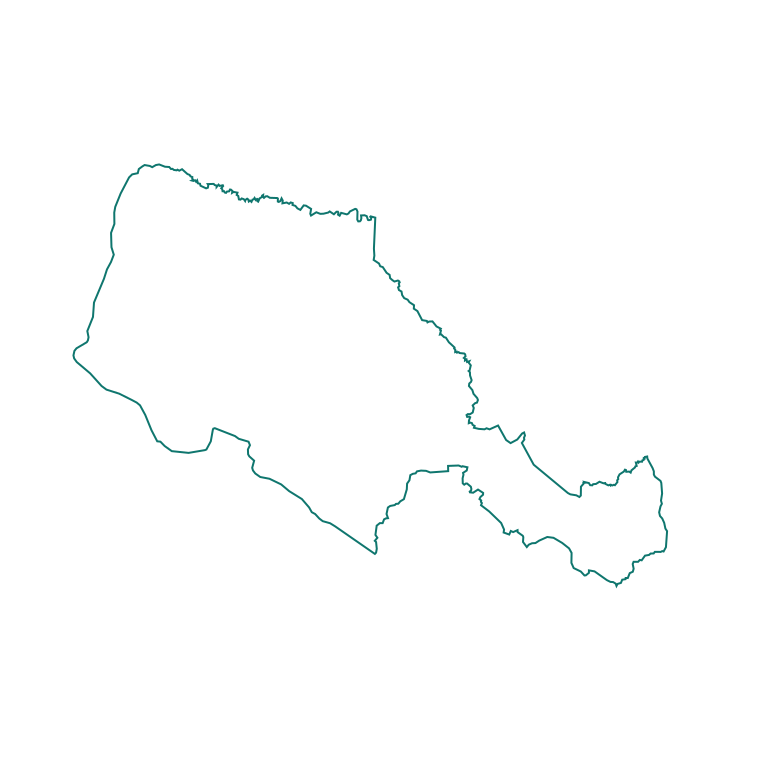 the district of Isidro Ayora, Guayas, Ecuador, rotated 102°
{"feature_id": "8360857B10119074569782", "entity_name": "Isidro Ayora", "entity_type": "district", "adm_level": 2, "iso_a3": "ECU", "parent_name": "Ecuador", "parent_adm1": "Guayas", "projection": "mercator", "projection_center": [-80.16, -1.923], "detail": "fine", "context": "isolated", "style": "outline", "palette": "teal", "viewbox_px": 768, "rotation_deg": 102, "n_neighbors": 0, "source": "geoboundaries", "source_scale": "gbopen_adm2", "svg_char_len": 6141}
<svg xmlns="http://www.w3.org/2000/svg" viewBox="0 0 768 768"><g transform="rotate(102 384 384)"><path d="M487.2,593.9L486.9,590.7L490.3,585.6L493.8,577.6L492.0,560.8L485.9,545.4L485.0,544.1L476.1,541.5L464.4,541.9L463.2,541.7L462.4,540.3L465.9,518.9L467.8,514.7L468.6,504.5L471.7,502.4L476.3,503.5L481.0,502.3L482.8,500.7L486.0,495.1L493.4,495.5L495.8,494.2L498.3,491.3L500.7,485.7L500.5,476.3L503.6,463.7L508.5,454.5L513.6,440.4L520.3,431.6L524.4,428.0L525.5,424.3L529.0,419.4L530.9,415.4L531.4,407.8L533.4,402.2L552.1,357.6L550.6,356.7L546.7,356.8L540.2,358.9L539.3,360.4L535.8,358.5L533.4,361.0L524.1,361.7L521.0,359.2L520.4,356.4L516.4,355.8L515.0,354.1L514.4,352.2L510.6,354.5L504.0,354.5L502.0,352.6L500.2,348.3L498.8,347.4L498.1,345.1L495.4,343.7L492.5,340.6L482.3,339.8L476.6,340.7L472.9,339.1L467.7,339.3L465.9,337.2L464.8,334.5L462.6,333.6L461.0,329.8L460.2,324.8L460.9,320.4L455.9,303.1L450.8,304.3L448.2,294.0L448.8,290.8L448.1,290.1L448.1,285.1L451.4,285.1L454.5,288.2L456.2,287.4L459.9,287.5L464.8,286.3L465.8,284.6L464.3,283.2L464.1,282.0L466.4,277.7L468.5,276.7L470.1,276.7L471.4,277.8L472.1,277.4L471.8,274.2L467.7,270.1L469.9,264.4L471.7,264.1L474.5,266.2L476.7,266.7L477.7,264.7L479.1,264.7L480.1,263.5L482.4,263.9L486.8,254.6L495.6,240.5L501.4,236.3L504.4,236.1L505.2,230.2L501.4,229.4L502.0,226.9L499.2,223.0L501.1,222.5L503.6,216.7L504.8,215.9L509.6,215.2L513.8,210.4L511.1,209.0L509.0,206.1L508.1,202.8L504.9,199.6L499.7,192.5L499.2,186.2L502.4,176.7L506.3,168.8L510.2,165.4L520.0,163.5L524.6,160.2L526.5,152.5L529.6,148.1L529.2,146.8L526.1,144.3L523.7,144.8L523.5,139.1L529.5,125.2L530.5,121.3L530.1,118.7L531.1,115.9L533.2,114.6L531.0,114.0L529.3,110.9L525.9,110.3L524.7,107.2L523.5,107.3L523.1,105.2L517.9,104.3L515.9,101.6L512.8,101.4L508.4,103.3L506.0,102.9L505.1,98.5L502.9,97.2L502.9,95.3L497.6,93.0L496.1,89.2L494.4,88.0L493.7,85.0L491.9,84.2L490.7,78.4L489.6,77.1L489.7,75.7L485.0,74.3L469.1,76.5L466.9,78.7L461.5,81.1L457.7,83.9L455.7,86.6L452.3,88.2L446.2,88.1L443.4,87.3L440.5,88.8L433.3,89.2L423.1,92.2L421.3,93.4L418.3,99.7L416.5,101.2L413.3,101.9L410.4,103.8L402.1,110.9L400.2,111.5L401.1,113.6L402.8,113.6L402.6,114.5L404.4,114.3L405.0,115.4L406.3,115.4L406.9,118.1L407.9,118.6L407.0,119.5L408.4,120.2L408.5,121.3L411.6,119.8L412.3,121.0L413.5,121.2L417.0,124.0L419.4,124.3L418.7,126.0L419.5,128.8L417.8,129.5L417.7,130.5L419.8,131.2L423.4,134.8L426.6,135.7L428.4,135.1L429.7,135.9L431.4,135.3L435.0,137.1L434.8,138.2L435.7,139.4L435.4,140.9L436.2,141.2L435.6,142.1L436.5,143.5L435.6,146.9L434.9,147.1L435.5,148.7L434.8,152.9L437.7,155.9L438.5,158.6L439.8,159.2L440.1,161.3L438.3,163.0L438.2,167.6L438.8,167.0L439.2,168.4L440.1,168.1L443.5,170.0L452.2,168.3L453.9,169.4L452.9,172.7L453.2,178.8L452.4,181.5L431.8,220.8L413.0,236.9L409.2,235.2L407.5,235.9L405.1,235.4L402.3,236.9L403.7,238.6L410.6,242.1L415.5,247.9L413.4,252.9L400.9,263.8L406.4,271.3L406.0,274.5L407.4,276.2L408.2,282.0L408.1,286.9L406.2,286.6L405.5,288.9L404.0,289.8L403.8,291.5L404.7,292.9L402.0,293.3L398.6,292.8L398.2,293.9L398.9,295.8L397.2,296.8L396.0,295.7L395.6,293.5L393.4,291.3L388.8,291.2L386.5,292.8L383.7,290.8L382.9,289.2L380.1,288.8L378.4,289.9L375.0,294.4L371.6,296.3L368.3,300.5L365.8,300.7L363.8,299.3L362.0,299.1L357.8,301.6L354.6,302.4L353.7,303.9L352.8,303.1L347.7,303.0L345.4,305.7L344.0,305.3L345.2,307.3L342.8,308.4L344.1,309.7L342.5,310.0L341.9,311.3L340.0,310.0L338.1,310.8L337.5,311.8L338.0,316.5L337.3,317.6L338.1,319.1L337.2,319.6L338.0,321.0L335.5,321.5L334.7,322.8L333.6,322.6L329.7,329.2L325.8,333.1L325.7,335.0L323.5,338.5L324.0,339.6L320.0,339.4L319.4,340.4L318.1,339.9L316.8,344.6L312.7,349.6L313.5,352.8L314.7,354.3L313.4,355.2L313.6,360.0L305.7,366.5L304.1,370.5L300.7,371.0L298.7,376.1L296.6,378.4L295.8,382.1L293.3,384.7L289.9,386.1L289.0,388.9L286.5,390.3L285.1,389.3L282.4,390.5L281.4,389.8L280.4,390.4L279.9,391.9L281.6,395.1L280.7,397.3L279.2,400.0L276.1,401.2L274.7,404.6L269.9,409.5L269.6,412.2L267.2,413.9L264.8,419.9L260.5,420.1L253.7,422.0L223.1,427.1L222.8,431.9L223.3,432.2L224.0,431.0L226.0,431.0L226.9,432.8L226.8,433.8L223.4,435.8L223.0,438.1L223.9,441.5L226.5,440.6L228.8,440.7L229.9,441.4L230.3,443.0L228.8,444.3L220.8,445.8L218.8,447.3L218.7,448.6L222.3,453.2L224.6,454.2L225.8,455.6L225.5,461.5L228.6,462.4L227.9,464.2L226.0,464.2L225.1,464.9L225.4,466.3L228.4,468.3L226.5,473.0L227.9,474.2L230.0,478.6L230.8,481.7L230.1,485.9L234.4,490.4L232.8,491.5L227.9,491.7L225.8,497.4L226.0,499.7L231.1,502.0L230.2,505.2L228.2,507.7L227.9,510.7L226.0,510.9L225.8,513.0L227.5,514.3L226.7,516.9L228.4,520.9L225.6,521.2L223.7,522.8L226.6,523.4L227.8,524.8L227.6,525.8L224.6,526.4L224.3,527.1L225.6,534.4L224.6,537.2L225.1,538.8L226.9,540.1L226.2,541.2L224.2,541.5L225.1,542.4L226.6,542.4L228.2,544.2L231.8,545.0L231.5,545.8L229.5,545.7L229.3,546.6L230.7,547.7L228.9,549.3L230.5,549.9L231.0,551.0L233.4,551.5L232.4,553.2L233.6,554.2L231.7,555.2L231.2,556.4L232.7,557.8L233.9,557.9L232.4,559.5L232.1,561.8L233.5,562.7L233.6,564.3L230.3,565.7L229.7,567.4L227.3,567.1L227.4,571.1L228.6,572.3L226.7,572.4L225.7,574.2L225.8,575.1L227.7,575.5L228.5,577.7L229.9,578.3L229.8,579.6L228.6,580.7L229.0,582.0L227.1,582.7L226.4,583.9L223.8,582.5L223.1,583.0L224.4,585.9L223.4,587.3L226.1,588.7L224.7,589.0L224.6,591.0L223.7,592.2L225.1,598.0L226.0,597.2L228.6,597.1L229.6,598.7L228.2,604.7L226.4,605.6L226.4,607.7L223.7,609.1L225.3,609.8L224.0,611.2L225.0,612.6L224.9,614.2L224.0,613.0L222.9,614.3L221.4,614.5L221.1,616.5L219.9,617.6L219.5,619.9L215.9,626.2L217.9,628.6L217.3,630.6L218.1,631.2L218.3,634.0L217.5,635.7L218.0,637.0L216.4,639.2L217.0,643.4L216.0,649.6L217.3,652.7L220.1,655.8L219.4,658.4L219.6,663.7L221.4,665.6L224.7,668.5L229.0,668.7L231.3,673.9L234.9,676.3L252.4,681.2L266.6,683.7L272.4,683.5L283.5,681.0L292.9,682.4L306.9,679.0L313.7,675.2L321.4,676.4L329.5,678.8L339.3,679.8L364.6,684.6L378.9,682.6L393.9,685.2L399.7,682.7L402.9,682.7L404.9,683.4L413.0,692.2L416.0,693.7L420.6,693.7L423.4,692.4L426.4,689.1L434.7,673.6L444.7,659.8L447.2,654.3L448.5,641.1L452.0,627.6L453.6,622.0L455.6,618.2L463.9,611.1L477.6,601.8L487.2,593.9Z" fill="none" stroke="#0f766e" stroke-width="2"/></g></svg>